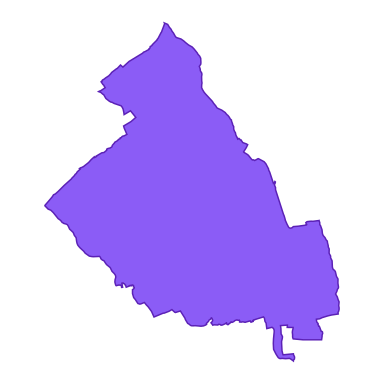 outline of Dragomiresti, Bacau, Romania
{"feature_id": "2599482B49299083391810", "entity_name": "Dragomiresti", "entity_type": "district", "adm_level": 2, "iso_a3": "ROU", "parent_name": "Romania", "parent_adm1": "Bacau", "projection": "equal_earth", "projection_center": [27.362, 46.63], "detail": "fine", "context": "isolated", "style": "filled", "palette": "violet", "viewbox_px": 384, "rotation_deg": 0, "n_neighbors": 0, "source": "geoboundaries", "source_scale": "gbopen_adm2", "svg_char_len": 5971}
<svg xmlns="http://www.w3.org/2000/svg" viewBox="0 0 384 384"><path d="M329.3,253.7L329.1,253.0L329.2,249.0L328.3,247.0L328.2,245.5L327.5,242.8L327.3,241.1L326.1,239.8L325.0,237.6L323.4,235.8L322.8,234.7L322.4,233.4L322.0,229.7L320.4,225.3L319.8,224.8L319.7,224.4L319.8,222.8L319.5,221.7L319.0,221.0L319.1,220.5L313.0,221.3L310.9,221.2L307.3,221.6L306.8,221.8L305.8,222.7L306.4,224.0L306.7,224.3L306.5,224.9L305.6,224.9L305.3,225.2L298.2,226.2L293.3,226.6L292.0,227.8L290.5,228.2L289.4,227.9L288.6,227.2L287.0,224.1L285.2,220.0L285.2,219.5L284.2,216.0L283.4,214.1L275.6,189.9L275.5,188.6L275.6,187.8L274.6,185.3L274.5,184.6L275.2,183.0L275.4,182.0L274.9,181.5L274.5,182.3L273.4,183.3L269.7,172.1L268.7,170.1L268.5,168.8L265.9,163.8L264.1,161.7L258.5,158.7L258.0,158.7L254.7,160.5L253.7,159.9L252.3,159.9L251.5,159.2L248.5,155.4L247.6,154.6L244.2,152.5L243.6,151.9L246.3,147.6L247.7,144.7L246.4,143.9L242.8,142.6L241.5,140.7L241.3,140.3L241.1,140.5L238.9,138.4L238.4,138.6L237.8,139.2L237.7,139.1L237.0,137.1L236.7,136.9L235.8,134.8L235.4,132.7L234.6,131.5L234.0,130.0L233.7,129.1L233.7,126.6L232.6,124.6L232.5,123.7L231.5,121.0L231.4,120.0L230.2,118.9L229.3,117.2L227.9,115.4L227.3,115.0L225.9,113.5L225.3,112.6L221.7,110.1L217.5,108.2L216.8,107.6L215.7,105.8L213.5,103.2L212.4,101.4L205.2,93.6L204.0,92.1L202.5,89.6L201.6,87.6L201.7,84.8L202.0,83.0L201.7,80.9L201.6,76.6L201.9,74.6L201.9,73.9L201.5,72.5L200.7,71.5L200.3,70.5L200.2,69.0L199.3,66.3L200.6,64.5L200.8,64.0L200.9,62.3L200.7,58.3L199.7,56.2L197.9,54.2L197.3,53.0L194.1,49.0L192.2,47.0L188.6,45.0L185.6,42.6L183.7,40.9L181.0,39.0L176.6,37.6L176.1,37.3L175.2,36.2L173.5,33.1L172.1,31.3L170.9,29.0L169.4,27.3L167.7,24.4L164.4,23.0L164.6,23.5L164.5,24.0L161.4,32.3L161.0,32.7L158.1,38.3L157.1,39.5L157.2,39.8L152.3,44.7L152.4,44.9L151.5,45.9L150.2,46.5L150.1,47.8L148.9,48.9L149.0,49.4L144.8,51.7L143.5,52.2L142.6,53.2L129.1,61.4L122.9,67.1L120.5,65.0L117.1,68.6L116.7,68.6L111.6,72.5L110.7,73.8L108.8,75.8L105.6,77.9L104.3,79.0L102.7,79.9L102.1,80.5L102.2,81.0L101.1,81.8L103.1,84.7L103.5,84.9L104.1,85.7L104.3,86.5L104.9,87.1L105.2,87.7L100.6,90.8L99.4,91.1L98.6,91.6L100.8,92.4L102.7,94.1L103.7,94.7L105.9,98.5L109.3,101.2L110.9,102.1L112.1,102.3L114.0,103.4L121.1,105.8L122.3,107.4L123.1,109.1L123.8,112.3L124.1,114.6L130.5,110.8L135.8,117.4L131.0,121.6L123.6,126.0L124.2,128.1L126.9,134.4L124.0,135.9L123.1,136.0L122.0,136.6L121.2,137.7L120.3,137.8L120.2,138.6L118.4,139.5L118.0,140.1L117.1,140.9L114.7,142.3L114.4,143.0L112.3,145.4L112.0,146.7L111.7,147.0L110.1,148.0L107.9,148.5L106.7,149.2L106.7,150.2L104.0,152.5L101.8,152.8L96.2,156.1L96.4,156.5L94.7,157.5L94.3,156.8L91.3,159.5L88.7,162.4L87.5,163.4L83.3,166.7L82.5,167.0L81.7,167.5L80.8,167.7L79.5,168.5L80.2,169.1L77.2,171.9L76.3,173.5L75.1,174.4L74.5,175.5L72.1,177.9L71.2,179.1L64.2,185.4L58.2,191.4L55.4,193.9L53.5,194.8L52.4,196.6L49.3,200.3L45.0,205.3L44.9,205.8L48.1,209.1L50.8,210.2L53.3,212.6L58.1,218.6L60.6,220.4L62.2,222.5L62.9,222.8L63.7,223.4L66.2,224.1L67.4,224.7L68.4,226.4L69.6,229.1L73.2,232.5L74.4,235.5L76.0,237.5L76.2,238.2L76.6,241.3L77.1,243.5L77.9,245.3L79.2,246.9L80.5,248.3L83.7,251.2L85.2,253.2L89.3,256.1L91.9,256.6L93.6,256.7L99.6,256.4L100.4,257.4L100.9,258.8L102.4,260.1L103.9,260.7L106.0,263.9L106.9,264.9L110.2,267.6L112.0,271.3L114.1,273.4L115.1,274.7L115.5,275.6L115.7,276.3L115.7,277.6L115.1,279.6L114.9,281.8L115.0,282.7L115.7,285.1L116.2,285.7L118.4,285.1L120.5,285.1L121.4,285.9L121.6,287.4L122.6,287.3L121.9,283.2L123.1,283.0L124.0,283.8L124.4,283.8L124.7,284.1L125.4,285.3L125.6,285.3L126.2,287.2L129.5,286.0L129.4,285.6L131.2,285.3L131.2,285.8L131.6,285.8L132.1,285.1L132.5,285.0L133.2,285.3L133.6,285.8L133.4,286.8L134.2,287.3L134.3,287.9L133.5,289.0L132.5,289.6L132.5,293.6L133.7,297.6L135.2,299.4L137.9,303.5L139.8,304.1L140.9,303.9L144.4,302.5L146.4,305.0L148.0,306.6L151.5,311.4L154.0,317.0L163.1,313.2L164.3,313.1L169.0,311.3L171.9,309.6L174.7,312.2L175.4,312.5L180.4,311.0L185.0,318.3L185.4,319.6L187.7,323.4L188.7,323.9L190.6,325.4L191.3,325.7L192.5,325.8L195.5,325.7L201.0,326.2L203.5,325.9L205.3,325.2L206.6,324.4L206.4,323.5L208.6,321.2L208.8,320.6L209.3,319.9L210.6,319.1L211.3,317.9L211.8,318.1L212.7,320.1L212.3,321.5L211.0,322.8L212.5,324.7L212.8,325.2L213.9,324.8L217.9,325.0L218.5,324.4L219.0,324.3L220.4,324.6L221.0,325.2L222.4,325.0L225.8,323.5L226.2,322.9L226.5,322.8L226.6,323.0L226.9,324.2L227.5,324.6L228.2,324.6L228.9,323.8L229.7,323.5L230.9,322.0L231.2,321.9L231.5,322.3L231.9,322.4L232.5,322.2L233.9,321.5L234.8,320.6L236.9,319.9L238.1,320.3L239.4,320.2L239.6,320.7L239.6,322.0L241.3,322.1L242.8,321.8L245.1,322.3L250.1,320.9L251.0,322.2L253.2,321.4L253.2,321.2L252.8,320.5L254.2,320.0L254.1,319.8L263.5,316.9L264.4,318.1L265.0,321.4L266.1,323.2L266.8,328.6L272.0,327.3L273.3,328.3L273.9,329.4L274.1,330.0L274.2,331.7L273.5,338.9L273.3,343.4L273.6,349.4L276.0,354.1L277.7,356.8L278.3,357.6L279.1,358.2L280.0,358.6L282.3,358.4L285.6,358.7L289.5,358.4L290.7,359.0L293.4,361.0L293.5,360.0L294.4,359.1L294.6,357.5L294.4,356.4L293.6,355.0L293.4,353.8L283.1,354.8L282.8,354.0L282.0,350.8L281.6,343.0L281.6,341.3L282.3,338.4L282.5,336.8L281.9,335.3L281.1,334.0L280.9,328.5L280.5,325.6L287.4,325.1L287.2,327.4L293.1,327.5L293.0,328.9L292.6,330.1L292.3,332.2L292.6,334.8L292.6,337.0L292.8,337.9L293.2,338.9L303.2,339.8L321.6,339.8L322.1,336.3L322.1,335.2L322.7,333.3L322.4,331.8L321.7,331.3L321.2,331.3L319.6,326.9L319.0,326.0L318.6,326.1L318.3,324.9L317.9,324.3L318.1,324.0L318.1,323.5L316.9,322.2L316.5,320.7L316.4,319.2L319.7,318.8L322.2,317.6L327.8,315.9L331.6,315.0L338.2,314.0L338.0,312.5L338.7,311.1L339.1,309.3L339.1,307.7L338.7,305.7L339.1,301.9L338.1,299.6L337.3,296.9L335.6,294.0L336.9,291.3L337.4,289.4L338.3,288.1L338.5,287.1L337.9,283.1L338.0,279.4L337.8,278.5L337.0,277.4L336.4,276.1L335.4,271.7L334.5,270.3L333.4,269.6L332.9,268.8L332.4,267.2L332.1,261.1L332.0,260.6L330.6,257.8L330.6,256.1L330.4,255.6L329.3,253.7Z" fill="#8b5cf6" stroke="#5b21b6" stroke-width="1.5"/></svg>